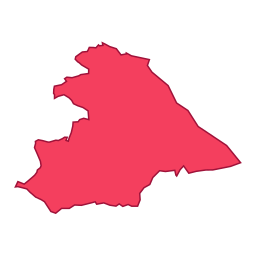 outline of Agios Dimitrios, Limassol, Cyprus
{"feature_id": "46923920B1623622106309", "entity_name": "Agios Dimitrios", "entity_type": "district", "adm_level": 2, "iso_a3": "CYP", "parent_name": "Cyprus", "parent_adm1": "Limassol", "projection": "orthographic", "projection_center": [32.808, 34.92], "detail": "fine", "context": "isolated", "style": "filled", "palette": "rose", "viewbox_px": 256, "rotation_deg": 0, "n_neighbors": 0, "source": "geoboundaries", "source_scale": "gbopen_adm2", "svg_char_len": 1593}
<svg xmlns="http://www.w3.org/2000/svg" viewBox="0 0 256 256"><path d="M15.4,186.9L17.8,186.6L22.2,187.7L26.8,188.9L30.0,192.2L35.7,197.1L41.3,199.7L44.5,201.7L50.9,211.5L55.7,213.2L61.6,208.4L69.3,208.4L74.6,205.0L81.4,205.3L91.9,202.7L95.2,201.8L96.7,204.2L103.8,202.9L109.9,205.2L116.0,206.1L119.2,203.9L122.8,206.4L128.1,204.5L131.7,206.2L137.6,206.2L140.1,199.9L139.7,193.4L144.0,187.7L149.8,184.5L152.8,177.5L159.6,170.7L165.4,171.5L174.8,170.3L175.9,175.1L176.7,176.0L180.1,169.7L183.6,165.9L188.8,173.2L196.3,171.3L205.8,170.0L212.9,169.9L230.5,166.4L240.6,162.7L226.6,145.5L198.1,126.5L187.9,110.5L176.6,103.0L168.1,85.6L151.9,72.1L147.4,65.5L149.4,59.6L131.4,55.8L126.3,53.0L126.3,53.9L121.0,54.9L116.3,48.7L109.7,46.6L105.5,44.3L102.4,42.8L102.9,45.4L99.4,45.8L98.5,44.9L95.9,47.8L93.3,47.5L89.3,47.4L88.0,50.3L87.3,51.5L82.3,52.0L78.7,54.6L75.8,56.7L75.2,59.2L77.7,61.8L79.3,62.8L81.7,65.0L85.8,67.4L88.7,69.1L88.6,73.5L80.8,74.6L78.8,75.8L72.1,77.7L66.8,77.2L64.6,78.7L66.5,81.3L61.6,84.7L54.4,86.2L53.8,89.4L53.6,93.4L54.5,94.6L54.5,98.4L58.0,96.4L64.0,94.7L69.1,97.8L71.7,100.4L73.5,103.7L77.7,105.7L83.0,107.5L84.7,108.6L88.1,110.9L88.8,119.6L83.7,118.3L79.7,119.6L78.1,121.8L73.1,122.1L72.8,126.0L71.3,132.6L69.0,138.4L68.3,141.2L66.0,140.4L67.2,137.3L64.6,137.2L62.5,138.6L58.4,140.5L55.8,140.2L49.4,142.1L48.1,142.1L42.5,140.6L38.3,139.8L35.4,141.4L35.6,143.3L34.5,147.6L37.5,154.4L40.4,161.3L41.1,165.7L40.3,167.7L37.4,170.0L36.8,172.4L34.7,175.2L32.0,177.6L30.8,178.6L27.9,181.1L24.2,184.1L17.9,181.6L15.4,186.9Z" fill="#f43f5e" stroke="#9f1239" stroke-width="1.5"/></svg>